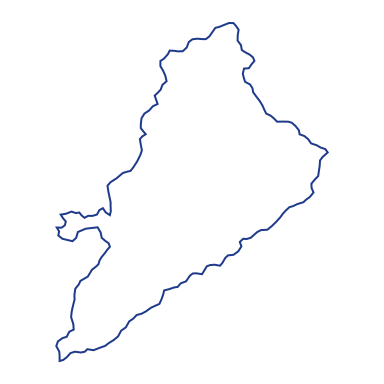 the district of Brusque, Santa Catarina, Brazil
{"feature_id": "56859067B36149648591957", "entity_name": "Brusque", "entity_type": "district", "adm_level": 2, "iso_a3": "BRA", "parent_name": "Brazil", "parent_adm1": "Santa Catarina", "projection": "mercator", "projection_center": [-48.924, -27.128], "detail": "fine", "context": "isolated", "style": "outline", "palette": "blue", "viewbox_px": 384, "rotation_deg": 0, "n_neighbors": 0, "source": "geoboundaries", "source_scale": "gbopen_adm2", "svg_char_len": 2804}
<svg xmlns="http://www.w3.org/2000/svg" viewBox="0 0 384 384"><path d="M59.6,361.0L63.3,359.9L66.7,357.3L70.5,353.1L74.9,351.7L80.9,352.5L84.8,351.7L87.3,349.2L93.6,350.2L99.7,347.8L105.1,345.9L108.9,343.0L113.6,340.1L118.1,336.4L121.1,330.7L125.8,327.4L129.2,321.4L133.2,318.7L136.7,315.0L141.4,313.8L146.1,311.3L151.0,307.7L155.6,305.6L159.4,303.9L161.7,298.8L163.1,294.7L164.2,290.4L169.7,289.0L173.9,287.5L177.7,286.9L180.6,283.4L186.1,281.3L189.8,275.8L192.7,273.5L196.2,273.3L202.0,274.2L204.8,269.6L206.8,266.3L210.1,265.1L214.3,264.7L220.0,265.7L222.4,262.9L225.3,257.9L228.0,255.4L233.5,254.8L238.3,251.3L241.4,246.4L239.8,242.0L243.1,238.8L246.6,239.0L250.7,237.8L254.5,234.4L257.3,232.0L261.0,230.1L267.4,229.7L271.9,226.0L275.9,222.1L280.2,217.4L282.8,213.8L285.7,210.6L289.5,207.1L292.9,206.2L297.0,204.2L303.4,202.2L306.3,199.5L309.8,197.0L313.5,192.5L311.6,188.0L311.4,183.7L314.4,180.0L318.2,176.0L318.9,170.9L319.7,165.8L320.0,160.5L322.4,157.2L327.7,152.4L325.3,149.1L320.5,147.5L316.8,145.3L311.1,143.4L308.1,139.1L304.3,136.0L299.6,134.3L298.9,130.3L295.4,125.9L291.7,122.7L288.4,121.7L282.5,121.6L277.1,121.7L273.8,118.3L270.4,115.5L266.2,113.6L264.2,109.5L262.4,105.4L259.5,100.7L255.5,95.5L253.1,92.1L252.5,88.3L250.1,84.5L245.1,81.8L243.8,77.8L242.8,73.8L244.0,68.6L248.9,68.2L251.6,64.2L254.4,60.9L253.0,57.4L249.8,54.7L245.1,52.2L241.8,50.0L241.0,45.2L237.6,40.6L237.7,35.4L238.6,29.7L235.9,25.8L233.5,23.1L229.0,23.0L224.2,24.9L219.0,27.0L215.4,27.8L212.3,32.2L209.4,36.4L205.9,39.1L202.4,39.1L197.2,38.7L192.4,39.3L188.8,42.0L186.7,47.5L182.8,51.2L178.1,51.4L174.1,50.8L169.7,50.6L167.9,54.2L164.0,58.6L160.4,61.0L160.4,66.2L163.1,70.7L165.3,75.7L166.6,81.2L162.4,84.9L160.7,89.6L157.6,92.9L154.7,95.6L156.3,100.2L157.6,104.0L152.9,106.2L149.1,110.5L144.4,113.6L141.5,118.3L140.8,124.3L140.8,128.2L143.1,131.1L145.7,134.2L142.3,136.4L139.9,139.1L140.8,144.7L141.9,150.4L140.2,155.3L137.1,161.5L133.7,166.8L130.5,170.9L126.7,171.8L122.8,173.0L119.9,175.5L116.3,178.5L110.6,182.1L107.5,185.7L108.4,191.7L109.7,197.9L110.6,202.2L110.6,206.2L110.8,211.2L109.9,215.1L105.7,212.4L102.9,208.2L99.3,210.2L97.0,214.5L92.5,215.9L88.1,215.9L84.4,217.8L81.5,215.3L79.3,212.5L75.9,213.1L71.5,211.6L65.8,213.8L60.7,214.6L63.3,218.6L65.8,221.5L64.9,225.2L61.6,227.7L56.8,227.5L59.1,231.4L58.3,235.5L62.5,238.8L72.5,241.2L76.2,237.8L77.9,232.0L85.7,228.7L97.6,227.3L100.6,232.4L101.7,237.8L105.4,241.0L108.6,243.2L109.9,246.8L107.1,250.0L104.7,253.3L101.6,257.1L99.5,260.5L98.5,264.2L96.0,266.6L91.9,269.8L87.8,276.6L83.5,279.1L80.4,280.9L78.8,284.4L75.3,288.7L74.4,295.1L74.6,299.4L73.5,303.7L72.5,307.8L71.7,311.6L71.1,317.1L73.3,324.1L73.7,329.6L69.3,331.7L66.7,336.8L62.5,338.1L57.9,341.4L56.3,346.1L59.3,351.7L59.6,355.8L59.6,361.0Z" fill="none" stroke="#1e3a8a" stroke-width="2"/></svg>